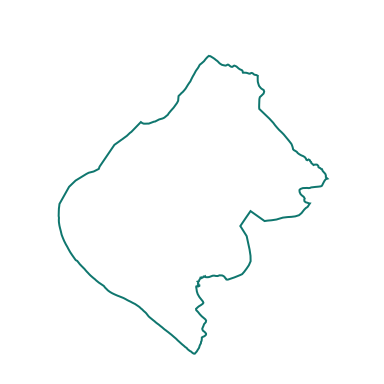 Krouch Chhmar, Kâmpóng Cham, Cambodia, rotated 304°
{"feature_id": "14789045B551080395236", "entity_name": "Krouch Chhmar", "entity_type": "district", "adm_level": 2, "iso_a3": "KHM", "parent_name": "Cambodia", "parent_adm1": "Kâmpóng Cham", "projection": "natural_earth1", "projection_center": [105.671, 12.195], "detail": "fine", "context": "isolated", "style": "outline", "palette": "teal", "viewbox_px": 384, "rotation_deg": 304, "n_neighbors": 0, "source": "geoboundaries", "source_scale": "gbopen_adm2", "svg_char_len": 5621}
<svg xmlns="http://www.w3.org/2000/svg" viewBox="0 0 384 384"><g transform="rotate(304 192 192)"><path d="M59.5,284.7L62.3,285.1L62.8,285.1L63.4,285.1L64.3,285.0L65.3,285.0L66.6,285.0L67.4,284.8L68.5,284.4L69.4,284.2L70.2,284.1L71.5,284.0L72.8,283.3L73.9,283.2L74.9,282.7L76.0,282.1L76.9,281.5L78.0,282.0L78.8,282.6L80.2,283.2L81.6,283.4L82.5,282.8L83.1,280.5L83.1,278.9L83.6,277.8L84.3,277.0L85.5,276.7L87.3,276.4L89.2,275.9L90.6,276.1L91.9,276.2L93.3,275.6L93.9,274.2L94.4,269.6L95.0,266.9L95.9,264.1L96.4,261.6L97.4,260.7L100.0,261.3L101.5,261.8L102.9,262.5L105.3,263.4L106.5,263.4L107.3,262.3L108.1,259.8L109.0,257.0L110.5,253.9L112.3,251.6L114.2,249.9L115.2,248.9L116.0,248.4L116.4,248.9L117.3,250.1L118.2,250.6L118.7,250.3L118.4,249.6L117.6,248.9L118.3,248.9L119.3,248.8L119.5,248.1L120.3,247.8L120.7,247.4L120.9,246.8L121.5,247.3L121.9,247.6L122.4,247.5L123.5,247.2L124.2,247.2L125.1,247.4L125.5,247.1L125.8,247.8L126.4,247.6L126.4,248.1L126.8,248.6L127.4,248.8L128.3,248.8L128.4,249.4L129.5,249.9L129.0,250.6L129.2,251.2L130.2,252.8L131.3,253.9L133.1,255.2L134.2,256.0L135.1,257.2L135.8,258.9L136.7,260.3L138.3,261.4L138.9,262.4L139.7,263.7L139.9,265.1L139.8,266.4L139.2,267.8L139.2,268.6L138.7,269.2L138.9,270.0L139.5,270.8L144.9,274.9L149.8,278.2L151.9,279.5L155.0,279.9L159.3,280.1L163.1,280.1L167.4,279.3L171.8,276.2L176.5,271.9L180.8,267.4L186.0,262.0L190.8,251.1L200.5,251.1L208.9,251.2L208.5,268.4L210.5,270.6L213.1,273.8L216.5,277.5L218.0,278.7L221.6,281.7L224.7,285.3L226.9,288.2L229.5,291.2L232.6,293.7L235.8,294.6L240.2,294.9L242.6,295.4L243.1,295.7L244.5,296.2L246.9,296.1L248.4,296.1L248.0,295.3L247.6,293.6L247.1,292.1L247.2,290.5L248.3,289.4L249.6,289.1L250.5,287.2L250.6,284.9L251.0,283.1L252.2,281.2L253.7,280.0L255.1,280.2L257.2,281.7L258.6,283.6L259.7,285.1L260.5,286.6L261.3,287.5L262.4,288.2L265.4,291.7L267.2,293.9L268.7,295.6L269.8,296.2L270.9,296.1L273.1,295.8L275.2,295.6L277.4,295.7L278.8,296.8L279.0,295.4L279.3,294.5L280.3,294.0L281.4,292.7L281.8,291.5L282.3,289.4L282.7,288.2L283.6,287.1L283.3,286.4L283.5,285.0L283.3,284.0L283.3,283.0L284.2,282.2L284.6,280.6L284.2,279.6L283.2,278.3L282.3,277.7L282.6,276.4L282.7,274.8L283.5,273.9L283.5,272.9L284.2,272.1L284.2,270.5L282.8,269.8L282.7,268.7L283.4,267.8L284.0,265.9L283.9,264.0L283.5,262.2L283.3,259.9L283.4,257.9L283.9,256.3L283.8,254.3L283.7,253.0L283.9,252.0L285.4,250.4L286.7,248.7L287.5,247.4L288.6,244.0L291.0,235.9L291.6,233.0L292.2,229.4L293.0,226.3L293.8,223.5L294.8,220.7L296.1,215.2L298.5,201.3L299.9,200.2L301.9,198.9L303.5,197.9L306.7,195.9L308.6,195.2L310.7,195.7L313.6,196.3L315.6,195.7L316.6,194.4L316.5,191.7L316.8,190.3L317.5,188.2L318.9,186.4L320.2,184.9L321.8,183.7L323.7,182.4L325.1,181.6L325.0,181.0L325.0,180.1L324.6,179.2L324.3,178.6L324.1,177.6L324.3,176.4L324.3,175.6L324.0,174.8L323.1,174.1L322.5,173.9L322.0,173.0L321.6,171.5L321.1,170.1L320.4,169.0L319.7,168.0L319.4,167.5L319.7,167.1L320.5,166.4L320.9,165.2L320.5,163.2L320.5,161.5L320.7,160.1L320.9,158.7L320.5,156.5L319.9,156.0L318.5,155.6L318.1,155.2L317.7,154.2L317.7,152.9L317.9,151.1L317.6,150.4L316.9,150.0L316.1,149.6L315.4,148.9L315.1,148.1L314.7,147.2L314.5,146.6L314.2,145.9L314.1,144.5L314.1,143.2L314.3,141.9L314.6,140.8L314.8,139.2L314.8,138.0L315.0,136.2L315.0,135.3L315.0,134.3L314.9,132.4L314.9,131.4L314.5,130.8L314.3,129.9L313.1,129.5L312.2,129.3L310.2,129.0L308.8,128.9L307.1,128.8L305.6,128.4L303.7,127.9L302.3,127.4L301.2,127.3L299.8,127.5L297.9,127.6L296.1,127.5L294.1,127.5L292.5,127.7L290.4,127.9L288.5,128.0L285.9,128.3L285.3,128.4L284.4,128.5L282.7,128.8L282.2,128.8L281.7,128.7L280.4,128.7L278.6,128.7L276.4,128.8L274.2,128.9L271.9,128.7L269.7,128.4L267.9,127.9L266.5,127.7L264.7,127.3L264.0,127.2L259.9,129.5L257.4,129.8L254.6,129.7L251.6,129.6L248.0,129.1L244.1,128.7L242.6,128.8L240.9,128.3L238.2,127.5L236.5,126.5L233.8,124.2L229.8,122.0L229.0,121.1L224.5,117.9L221.7,113.8L221.3,112.2L221.4,110.5L207.9,108.1L206.3,107.5L205.8,107.4L202.1,106.6L190.9,102.5L187.7,101.3L161.5,101.2L160.9,101.3L160.3,101.5L159.7,101.6L159.0,101.8L154.0,99.0L150.2,95.6L148.0,94.4L136.4,89.1L127.6,87.2L108.0,88.8L105.5,90.1L103.7,91.0L101.6,92.3L99.4,93.7L98.3,94.4L97.5,94.9L96.9,95.5L96.1,96.2L94.4,97.2L92.6,98.5L90.1,100.8L88.5,102.5L86.2,105.1L83.7,107.8L81.8,110.5L79.9,113.4L78.0,116.8L76.9,119.1L75.5,121.7L74.0,124.7L72.8,127.6L71.7,130.5L70.9,132.6L70.5,133.7L70.7,135.4L70.0,137.6L69.7,138.5L69.3,139.7L69.2,140.5L69.0,141.3L68.8,142.1L68.7,142.9L68.4,144.2L68.2,145.4L67.9,146.6L67.6,147.5L67.3,148.7L67.0,149.9L66.8,151.0L66.6,151.7L66.4,152.6L66.1,154.0L65.9,155.4L65.7,157.0L65.5,158.9L65.4,160.3L65.1,162.0L65.0,163.1L64.9,164.4L64.8,165.2L64.8,166.6L64.8,167.7L64.8,169.6L64.8,170.9L64.7,171.9L64.3,172.8L64.1,173.5L63.9,174.7L63.7,175.7L63.4,177.1L63.3,179.0L63.3,180.2L63.4,181.9L63.5,182.8L63.8,184.9L64.0,186.0L64.4,188.2L64.7,189.4L65.0,190.8L65.2,191.7L65.7,194.0L65.9,195.3L66.1,197.3L66.2,198.8L66.4,200.4L66.7,202.3L66.9,204.5L67.1,206.0L67.3,207.4L67.3,208.5L67.3,209.8L67.3,210.9L67.3,212.0L67.2,213.2L66.9,214.8L66.8,216.4L66.5,217.7L66.3,218.9L66.1,220.7L65.8,222.1L65.3,223.5L65.0,224.5L64.6,225.7L64.5,226.5L64.4,227.3L64.3,228.3L64.2,229.5L64.1,230.5L64.0,231.5L63.9,233.2L63.7,234.5L63.6,235.6L63.5,237.3L63.5,238.5L63.3,240.1L63.2,241.5L63.1,243.0L62.9,244.5L62.7,246.3L62.7,247.5L62.6,248.6L62.5,250.7L62.3,252.9L62.2,254.6L62.1,255.4L61.8,257.8L61.6,259.7L61.4,261.2L61.0,263.1L60.7,265.3L60.3,268.0L60.1,269.6L60.0,270.9L59.9,271.7L59.7,272.9L59.7,274.9L59.3,275.9L59.2,276.6L59.0,279.1L59.2,280.5L59.0,281.4L58.9,282.9L59.0,283.8L59.5,284.7Z" fill="none" stroke="#0f766e" stroke-width="2"/></g></svg>